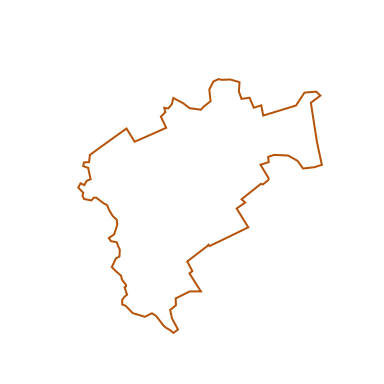 Cumberland, Maine, United States of America (Natural Earth projection), rotated 111°
{"feature_id": "52423323B1256829191477", "entity_name": "Cumberland", "entity_type": "district", "adm_level": 2, "iso_a3": "USA", "parent_name": "United States of America", "parent_adm1": "Maine", "projection": "natural_earth1", "projection_center": [-70.316, 43.849], "detail": "fine", "context": "isolated", "style": "outline", "palette": "amber", "viewbox_px": 384, "rotation_deg": 111, "n_neighbors": 0, "source": "geoboundaries", "source_scale": "gbopen_adm2", "svg_char_len": 1692}
<svg xmlns="http://www.w3.org/2000/svg" viewBox="0 0 384 384"><g transform="rotate(111 192 192)"><path d="M194.2,300.7L194.4,300.5L201.0,298.8L203.1,303.5L206.5,302.9L206.8,302.9L206.7,297.6L215.1,292.1L216.4,291.2L216.8,291.7L219.3,294.3L224.2,295.0L223.8,299.2L228.7,299.7L231.7,293.2L234.6,293.0L237.2,290.4L236.0,283.0L232.4,281.6L231.6,279.4L234.3,270.1L234.5,268.1L234.7,266.6L238.9,262.5L242.7,257.6L243.9,254.8L245.0,252.2L249.5,250.0L255.0,249.7L259.4,249.5L264.8,253.2L266.9,250.0L265.9,244.3L267.7,242.7L269.4,241.2L271.6,238.8L273.7,238.1L278.3,236.6L281.2,239.2L290.8,240.0L293.1,235.0L295.6,228.2L298.8,226.1L302.6,220.1L303.9,219.8L305.2,220.8L311.1,215.8L314.2,217.6L317.6,218.5L322.0,216.9L322.0,213.2L326.3,204.0L325.4,191.3L319.6,186.0L320.5,181.2L327.0,170.6L328.1,167.6L328.7,163.4L330.2,158.8L325.4,155.8L317.1,165.5L314.6,167.0L309.9,170.2L303.6,166.4L297.2,169.1L285.6,158.5L281.6,148.1L268.9,165.2L265.7,163.3L258.6,171.6L237.1,158.4L235.3,157.7L236.2,156.3L228.2,148.7L204.8,126.8L191.4,144.4L182.8,138.6L181.0,143.1L159.7,130.6L159.6,128.6L153.5,125.0L151.7,125.4L142.0,137.8L136.6,131.1L131.9,133.5L127.9,128.6L123.5,115.3L125.1,104.6L130.3,96.8L124.8,86.3L122.7,83.8L120.1,80.5L100.5,93.3L66.1,113.0L56.0,106.7L53.8,112.0L58.9,122.6L74.0,125.9L95.1,152.9L86.3,158.4L91.2,164.5L83.4,172.0L87.3,179.2L81.4,184.2L72.4,187.0L73.3,196.7L76.5,204.1L77.2,207.8L81.1,211.6L90.1,212.6L100.6,207.2L108.0,211.6L112.0,213.2L114.6,224.3L112.3,232.0L110.9,243.1L117.4,242.3L122.6,244.2L123.3,248.1L127.1,245.5L132.8,248.1L141.3,239.1L156.6,254.4L165.6,263.6L162.7,267.4L156.2,275.9L184.0,294.2L184.2,294.3L194.2,300.7Z" fill="none" stroke="#b45309" stroke-width="2"/></g></svg>